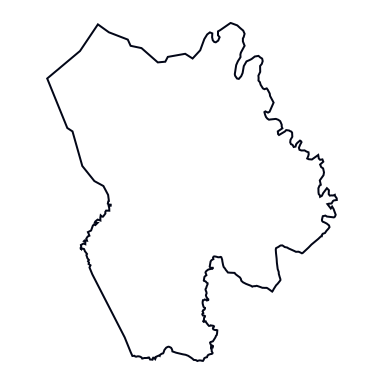 Kolondieba, Sikasso, Mali (Robinson projection)
{"feature_id": "8926073B25086326483325", "entity_name": "Kolondieba", "entity_type": "district", "adm_level": 2, "iso_a3": "MLI", "parent_name": "Mali", "parent_adm1": "Sikasso", "projection": "robinson", "projection_center": [-6.6, 10.875], "detail": "fine", "context": "isolated", "style": "outline", "palette": "ink", "viewbox_px": 384, "rotation_deg": 0, "n_neighbors": 0, "source": "geoboundaries", "source_scale": "gbopen_adm2", "svg_char_len": 5995}
<svg xmlns="http://www.w3.org/2000/svg" viewBox="0 0 384 384"><path d="M132.4,356.0L134.5,355.8L135.1,356.4L136.1,356.7L137.7,356.3L138.7,356.3L140.2,356.7L141.6,357.5L142.1,358.5L142.6,358.5L144.3,358.0L145.8,358.0L147.9,357.9L148.2,357.5L149.2,357.6L149.4,358.3L150.1,359.5L151.0,359.5L152.5,359.7L152.8,359.2L152.9,358.2L153.2,357.7L154.5,357.8L154.8,358.6L155.2,359.1L155.6,358.2L155.8,357.4L155.8,356.9L159.0,355.5L159.7,355.9L159.9,355.0L161.1,354.1L161.8,353.7L163.0,353.4L163.5,352.7L164.4,350.0L166.2,347.7L167.7,346.9L168.8,346.7L169.8,347.1L171.1,347.8L171.9,349.2L172.2,350.1L172.4,351.4L176.1,352.7L182.8,354.3L185.6,354.8L188.2,355.8L191.4,357.9L192.7,358.9L193.7,359.9L195.1,360.0L196.4,360.3L197.3,361.0L198.2,360.7L199.3,360.4L201.0,360.5L202.3,360.9L203.0,360.9L203.6,359.9L204.4,358.1L205.6,357.5L207.0,357.2L207.6,355.6L208.4,354.8L210.1,354.2L211.7,353.9L212.4,353.5L212.6,352.9L211.7,351.3L211.7,349.9L211.0,348.3L211.0,347.2L211.1,346.5L212.2,346.6L212.7,347.3L213.0,346.6L212.9,345.9L210.9,344.9L210.2,343.2L210.1,342.5L210.7,342.0L211.7,341.7L212.9,341.3L215.4,337.4L216.0,335.8L216.7,335.1L217.1,333.1L217.3,330.3L216.6,330.0L215.6,330.1L214.7,329.9L213.4,329.4L212.9,328.6L213.0,327.9L213.8,327.0L214.0,326.3L213.0,325.7L211.6,325.6L210.7,325.3L210.1,325.8L209.0,325.9L207.9,324.7L206.4,322.7L205.9,322.1L205.8,321.4L205.0,321.2L204.3,321.7L203.8,321.9L203.2,321.3L204.0,319.6L204.0,318.5L204.1,317.8L204.8,317.0L205.0,316.1L204.4,315.7L202.9,315.5L202.3,314.4L202.5,313.7L203.3,313.2L203.1,312.2L202.6,311.4L203.2,310.2L204.3,309.7L205.0,308.6L205.0,307.9L204.0,307.4L203.5,306.7L202.7,303.8L202.6,302.0L202.7,301.7L202.9,300.4L203.3,300.5L204.6,299.5L205.9,299.8L206.8,300.5L208.2,300.1L208.3,299.3L207.2,298.2L206.3,296.7L205.9,295.2L206.6,293.3L206.4,292.0L205.7,290.3L205.5,289.2L206.2,288.0L206.7,286.3L207.6,284.2L207.6,283.2L206.7,282.7L205.8,281.6L204.9,281.1L204.2,281.0L203.8,280.6L204.4,277.0L205.4,275.9L206.4,275.3L206.2,274.4L205.7,273.3L205.5,272.3L206.1,271.3L207.0,270.5L208.2,269.6L209.6,269.2L211.1,268.9L212.2,268.9L212.9,268.1L212.8,267.8L210.8,267.8L210.2,267.4L209.7,266.6L210.6,261.5L211.4,260.3L212.3,259.7L213.4,259.1L213.0,257.7L213.6,256.6L214.6,256.4L216.7,256.8L217.8,257.2L219.0,257.3L220.2,257.0L220.7,256.9L221.3,257.2L222.2,259.8L222.3,261.0L223.1,265.1L223.7,267.0L224.9,268.4L225.9,270.0L227.0,271.3L227.9,272.5L230.4,272.7L234.6,272.9L235.5,274.1L237.0,275.3L240.0,277.5L240.9,279.0L241.3,280.7L243.0,282.3L246.1,283.9L251.0,285.8L252.2,286.6L252.4,286.4L254.9,286.1L255.1,286.2L256.7,285.8L260.0,286.9L262.4,287.8L266.8,287.9L267.9,288.5L272.2,291.6L272.7,291.0L273.7,289.1L276.1,285.3L277.6,283.8L279.6,281.3L280.4,280.2L280.4,279.2L279.7,277.0L278.8,273.9L278.7,271.9L277.7,269.1L276.9,262.9L276.6,258.5L276.0,253.1L275.8,250.2L275.8,249.2L276.1,248.1L278.6,246.8L279.8,245.9L280.6,245.5L282.3,245.4L283.5,246.1L284.6,247.0L287.4,247.6L288.3,248.3L294.1,250.9L295.9,251.8L298.6,251.7L300.4,252.5L301.9,253.3L302.7,253.0L308.5,247.6L311.4,244.6L318.5,238.7L319.9,237.3L321.4,236.1L321.8,236.2L321.9,235.9L321.6,235.6L322.7,233.8L325.0,233.0L326.4,230.9L328.5,228.6L329.5,227.1L329.0,225.4L326.8,223.6L324.3,222.3L322.9,221.8L322.1,220.9L321.9,219.9L322.5,217.3L322.8,216.2L325.4,215.6L326.8,216.5L327.5,216.6L332.4,217.2L333.9,217.4L334.9,216.7L335.7,214.8L333.6,209.1L332.1,206.6L330.8,208.5L327.4,204.1L328.8,203.7L331.5,203.5L332.1,202.6L332.9,201.1L334.0,200.4L336.8,200.0L336.7,198.3L335.0,195.9L334.8,194.8L333.2,195.5L331.6,195.4L329.8,195.6L328.7,194.1L328.9,190.2L326.9,188.2L323.2,193.1L321.9,195.8L320.1,196.8L319.8,195.2L318.8,194.2L318.5,192.4L318.4,188.2L319.6,185.5L320.8,184.8L319.8,180.4L323.5,175.2L324.0,172.4L323.1,168.4L321.2,167.1L320.1,164.5L323.3,161.7L322.4,159.4L320.1,159.8L318.8,158.5L318.2,155.0L311.9,159.5L308.7,159.2L307.2,158.5L308.2,156.2L308.7,154.3L308.5,152.3L306.4,151.5L304.6,150.4L301.5,150.5L299.5,149.8L298.9,147.8L300.1,144.8L301.5,142.2L301.2,141.4L300.0,140.6L297.3,142.9L296.2,144.2L295.5,146.6L293.7,147.0L292.5,144.8L291.0,144.2L290.2,142.3L290.5,139.8L292.3,136.8L292.1,132.7L291.3,131.6L290.0,131.1L289.1,130.5L286.2,130.1L284.9,131.5L279.0,135.0L278.1,134.1L277.8,131.4L282.4,128.3L281.7,126.6L281.7,124.7L280.2,121.2L278.3,119.8L275.9,118.9L270.1,119.5L269.0,119.7L268.5,119.4L267.3,118.6L266.0,117.0L265.1,114.7L264.4,112.1L265.4,111.4L268.0,112.6L269.6,111.7L273.6,102.6L270.1,96.0L269.7,93.5L268.1,90.5L267.9,90.0L266.7,88.4L264.4,89.2L262.9,88.4L260.6,84.7L259.9,82.2L258.5,80.6L258.6,77.7L258.4,75.7L260.2,71.9L260.1,66.0L261.8,63.9L262.7,61.1L262.2,58.8L262.0,58.5L260.2,57.4L258.5,55.9L254.8,56.5L251.6,59.0L249.7,60.0L246.5,61.4L243.8,66.1L242.6,73.0L241.2,76.2L238.8,78.9L237.0,78.5L235.1,75.7L234.8,74.1L236.2,65.1L237.9,61.2L239.8,58.3L240.5,57.1L240.4,54.5L240.9,52.6L244.0,46.8L244.6,45.8L242.9,41.4L242.9,38.4L243.6,37.3L244.6,33.8L243.2,30.6L240.0,27.9L237.3,25.4L231.4,23.2L230.5,23.0L220.1,30.2L218.0,31.4L218.0,35.3L219.6,37.2L218.2,40.6L215.8,42.3L214.3,42.0L212.8,40.3L212.1,37.3L212.3,33.4L209.9,32.4L207.2,34.4L204.3,39.1L200.2,50.3L192.6,58.5L185.2,53.8L167.8,56.9L165.3,61.7L157.8,62.4L141.5,48.1L130.6,45.8L127.8,39.6L108.9,32.3L97.9,24.4L80.0,51.0L47.2,78.5L67.3,128.0L72.5,131.4L82.3,166.0L94.4,181.1L103.4,186.0L108.1,194.9L108.9,201.0L108.3,201.3L107.8,203.7L108.6,204.5L110.7,204.7L110.7,205.7L108.7,206.0L109.2,207.9L109.3,210.7L106.1,210.6L105.3,211.9L105.4,213.5L103.1,216.6L102.2,216.7L100.7,215.4L100.3,217.9L100.4,220.5L97.6,219.6L95.3,221.5L94.8,222.6L97.5,222.9L95.3,225.1L94.1,224.6L92.9,225.5L91.1,230.5L87.9,232.1L88.7,233.8L89.4,235.7L87.7,236.5L86.3,238.6L87.0,240.7L84.7,240.4L84.0,241.1L85.3,241.6L85.3,244.2L83.6,243.5L80.9,245.0L81.2,246.7L80.6,248.0L80.8,248.9L82.0,248.7L82.0,248.8L82.3,248.5L84.1,249.1L84.9,251.2L87.0,254.0L86.4,255.1L87.5,258.4L88.9,260.0L88.0,261.2L89.0,262.6L88.6,264.0L90.5,265.3L89.5,267.4L89.5,267.5L92.3,274.3L124.7,337.4L130.7,352.2L132.4,356.0Z" fill="none" stroke="#020617" stroke-width="2"/></svg>